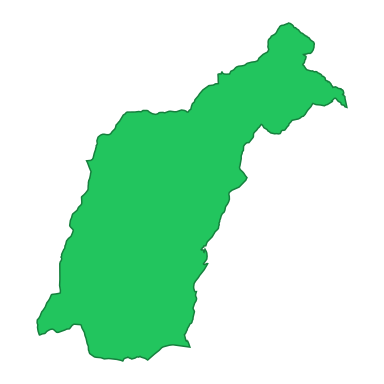 the district of Valea Ierii, Cluj, Romania
{"feature_id": "2599482B95290613359909", "entity_name": "Valea Ierii", "entity_type": "district", "adm_level": 2, "iso_a3": "ROU", "parent_name": "Romania", "parent_adm1": "Cluj", "projection": "orthographic", "projection_center": [23.285, 46.581], "detail": "fine", "context": "isolated", "style": "filled", "palette": "green", "viewbox_px": 384, "rotation_deg": 0, "n_neighbors": 0, "source": "geoboundaries", "source_scale": "gbopen_adm2", "svg_char_len": 5872}
<svg xmlns="http://www.w3.org/2000/svg" viewBox="0 0 384 384"><path d="M147.7,360.0L154.3,354.2L159.1,350.4L161.7,347.7L163.4,346.8L169.4,345.2L173.0,344.8L189.9,347.1L188.7,343.5L187.7,341.2L186.8,341.2L186.8,340.5L185.9,340.6L184.4,334.6L185.1,334.0L185.9,332.7L186.4,331.3L187.1,330.1L187.6,328.2L189.0,326.0L189.8,324.1L191.4,323.1L191.9,322.3L192.3,320.6L192.9,319.4L193.1,317.2L194.4,311.9L194.4,311.3L193.3,309.1L193.0,308.1L194.7,303.0L196.0,301.0L196.6,298.9L196.4,297.7L195.6,296.1L195.6,294.4L196.4,291.6L195.1,291.7L194.5,290.9L193.8,288.7L193.6,287.0L194.1,283.5L195.6,281.0L198.4,277.5L199.6,275.5L204.2,269.7L207.7,263.7L207.1,263.5L204.6,264.6L203.7,264.3L203.4,263.9L206.7,259.3L206.8,258.8L207.1,256.3L206.8,253.1L206.3,251.6L205.0,249.2L204.0,252.3L203.7,252.0L203.6,250.7L203.1,249.9L201.4,250.0L201.1,249.7L202.5,247.7L203.6,246.9L204.0,245.9L205.8,245.8L206.7,243.1L207.3,241.8L212.2,236.8L215.1,231.8L217.8,229.2L218.3,228.4L218.5,228.0L218.6,226.5L219.2,224.8L219.0,223.2L219.7,221.5L219.8,220.1L220.4,218.8L221.2,215.8L222.3,213.7L224.2,212.0L224.9,210.2L225.4,207.4L225.8,206.4L227.5,204.0L228.7,201.6L229.4,199.3L229.3,196.4L228.8,194.1L229.3,192.4L232.0,190.2L239.1,187.1L245.9,180.1L246.4,178.7L247.0,177.7L245.4,175.7L243.8,173.2L242.6,171.8L240.2,169.6L239.6,168.1L239.5,167.0L239.9,166.0L241.2,158.8L241.2,155.8L242.1,153.5L242.3,151.8L243.4,150.5L243.6,146.2L244.6,144.7L246.6,142.8L249.0,142.6L249.2,142.3L252.9,137.7L253.4,136.8L253.5,134.0L253.8,133.1L255.7,130.9L256.3,130.6L258.1,128.1L259.3,127.1L261.2,124.4L262.5,125.2L263.9,127.7L267.1,129.6L268.0,131.0L269.3,131.7L270.7,132.9L274.6,133.8L276.7,133.6L278.4,133.9L280.0,133.6L280.6,132.9L281.3,131.2L281.9,130.6L282.5,130.3L284.0,130.3L285.0,129.9L287.4,126.6L288.6,125.5L289.1,123.7L290.6,122.3L292.1,120.3L298.5,118.9L300.5,117.8L301.6,116.7L303.4,116.2L305.1,114.4L307.5,110.5L310.9,106.7L312.4,104.0L312.9,103.4L316.0,104.6L320.5,105.0L324.4,105.8L325.8,105.0L327.5,104.5L332.3,101.5L331.8,100.8L332.3,100.5L334.3,98.4L335.2,98.2L335.9,98.5L338.3,101.4L340.4,102.4L340.8,102.8L341.1,104.0L341.8,104.8L343.9,105.2L345.0,106.8L346.9,107.4L345.0,98.5L344.9,96.6L342.6,94.4L343.0,93.9L343.6,93.9L343.7,92.6L343.2,90.9L342.5,89.9L341.4,89.7L341.0,89.3L341.0,88.8L338.3,88.4L336.7,87.3L335.2,86.8L334.0,87.3L333.4,87.1L332.9,87.4L332.4,86.2L331.6,85.5L331.0,84.0L329.5,82.2L328.6,81.5L328.0,81.9L327.1,80.8L325.8,80.4L325.5,80.0L325.0,77.8L324.5,77.5L323.6,76.5L322.2,76.2L321.5,74.9L320.5,74.0L319.5,73.8L319.3,73.4L317.6,72.7L317.3,72.2L316.4,71.7L315.6,71.6L314.4,71.9L312.6,70.9L311.1,71.0L306.9,69.8L305.7,68.5L303.9,65.7L302.8,64.7L303.1,63.9L304.3,62.7L304.9,60.0L305.5,59.3L306.1,56.8L305.9,56.3L304.0,55.1L303.5,54.5L306.0,54.1L308.1,53.4L310.3,53.4L311.6,52.4L313.2,49.9L314.0,47.2L314.0,45.7L314.3,43.9L313.7,42.2L310.6,40.0L308.8,37.6L307.4,37.1L306.8,36.2L305.2,35.8L304.8,35.1L304.3,35.0L303.3,34.0L301.9,33.1L301.1,33.0L299.4,31.2L298.6,30.0L296.5,28.7L295.6,27.7L294.1,27.6L293.1,25.7L292.2,24.8L291.1,24.2L290.8,23.7L288.5,23.0L287.4,23.8L286.9,23.8L283.2,25.3L282.0,25.3L280.9,25.7L279.8,26.5L279.0,28.0L278.1,29.1L276.3,32.7L274.6,34.4L271.4,36.1L270.4,37.9L269.1,39.0L268.4,40.1L268.1,41.9L268.2,44.3L267.9,46.9L268.7,49.4L268.0,51.2L267.4,52.1L263.2,54.3L258.9,58.2L258.4,59.5L257.5,60.8L255.1,61.7L251.8,62.1L247.2,63.3L244.5,65.3L241.7,65.9L238.7,66.2L236.9,66.8L235.6,67.7L233.7,69.9L230.8,71.3L229.6,74.0L226.2,74.2L224.1,74.0L222.6,73.2L222.2,72.1L221.9,72.0L221.6,72.4L221.1,73.9L219.1,73.9L218.1,74.2L218.0,74.5L218.2,78.0L218.2,80.5L218.4,83.6L215.3,83.9L213.9,84.8L213.1,85.1L208.9,85.6L202.9,89.9L199.6,93.8L198.2,96.0L195.0,99.7L194.4,101.9L192.4,103.7L191.5,106.2L190.8,109.3L189.3,110.3L188.1,112.0L187.2,112.1L186.1,111.2L184.6,110.5L181.5,110.0L176.6,111.7L174.7,111.8L170.3,111.2L169.0,111.3L164.6,112.9L163.1,112.4L160.0,112.5L158.9,112.8L158.2,113.5L157.1,114.0L155.5,114.4L152.3,113.7L149.4,112.1L147.8,110.7L147.0,110.5L143.0,110.5L141.3,111.7L140.5,111.8L138.8,111.5L135.2,112.0L127.1,112.1L126.2,112.6L125.0,114.0L123.3,115.0L119.4,121.5L118.7,122.0L117.5,123.6L116.1,125.0L115.5,127.6L114.9,128.9L112.2,131.6L110.8,133.6L109.6,134.4L108.5,134.7L106.8,134.7L104.0,134.2L102.5,134.3L100.6,135.1L98.3,136.9L97.9,137.6L96.9,140.8L97.3,143.8L97.1,144.4L96.2,145.6L96.2,147.3L95.7,148.2L95.6,149.4L94.3,153.2L93.1,158.1L92.3,159.4L90.7,160.4L86.6,160.8L87.5,162.6L89.4,167.7L91.1,171.8L90.6,173.3L90.4,175.1L89.7,178.4L88.8,180.5L88.4,182.5L88.4,184.1L88.2,185.8L88.1,189.1L87.8,190.1L85.6,193.0L84.0,194.7L81.8,196.6L81.5,197.1L81.8,202.3L81.6,204.0L80.9,205.0L78.5,207.3L77.1,210.3L72.8,213.9L72.3,214.9L71.6,217.6L70.4,220.4L69.7,225.4L69.9,226.1L70.6,227.1L73.1,229.7L73.2,230.8L72.5,232.9L71.0,236.4L68.4,238.5L66.5,241.0L65.7,244.5L65.0,245.8L64.8,248.0L64.5,248.7L63.8,249.5L61.6,254.4L61.7,255.9L61.0,257.1L61.6,258.0L61.7,258.9L61.2,260.6L60.3,261.8L59.8,263.8L59.9,279.5L59.6,285.5L60.4,290.1L60.3,292.9L59.3,293.3L56.2,293.9L52.0,294.4L51.3,294.9L49.7,298.7L48.6,300.5L46.8,302.9L45.2,307.1L42.7,310.8L41.9,311.6L40.8,314.1L40.3,315.7L39.0,318.0L37.3,319.9L37.1,322.3L37.2,323.2L37.8,324.8L37.5,327.4L38.1,331.1L39.3,334.8L39.7,335.0L42.3,333.9L44.8,333.5L45.5,332.9L46.7,331.5L47.7,330.8L50.1,329.5L52.1,329.1L52.8,329.2L53.9,329.8L56.5,332.2L57.3,332.4L58.5,332.3L64.9,330.0L66.7,329.1L69.5,328.8L72.1,325.4L73.7,324.3L74.4,324.2L80.5,324.7L81.1,325.1L82.0,328.0L84.4,332.4L85.0,335.5L86.1,338.5L87.2,343.6L88.3,346.1L88.5,350.1L89.0,351.2L89.3,352.6L89.8,353.6L90.4,354.1L94.4,356.9L96.3,357.3L101.0,357.7L104.2,358.9L108.7,358.5L116.8,359.4L120.8,360.3L122.8,361.0L123.0,360.8L123.6,359.3L124.5,358.5L125.8,357.9L127.2,357.6L127.8,357.1L129.8,358.2L130.7,358.3L131.3,358.9L131.8,359.0L135.2,358.0L136.9,356.9L138.8,357.1L140.0,356.3L141.0,357.1L145.2,358.4L147.7,360.0Z" fill="#22c55e" stroke="#15803d" stroke-width="1.5"/></svg>